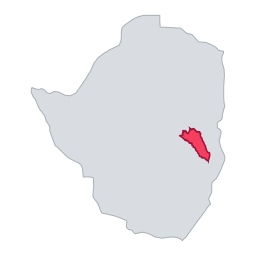 location of Buhera, Manicaland, Zimbabwe
{"feature_id": "62879985B49874859197959", "entity_name": "Buhera", "entity_type": "district", "adm_level": 2, "iso_a3": "ZWE", "parent_name": "Zimbabwe", "parent_adm1": "Manicaland", "projection": "equal_earth", "projection_center": [31.813, -19.506], "detail": "fine", "context": "in_parent", "style": "filled", "palette": "rose", "viewbox_px": 256, "rotation_deg": 0, "n_neighbors": 0, "source": "geoboundaries", "source_scale": "gbopen_adm2", "svg_char_len": 6326}
<svg xmlns="http://www.w3.org/2000/svg" viewBox="0 0 256 256"><path d="M182.3,240.6L180.1,238.8L177.1,237.5L173.2,237.0L168.2,237.2L162.0,238.2L155.4,237.0L148.3,233.5L142.4,232.2L135.4,233.7L135.1,233.8L133.8,232.6L131.9,230.0L128.7,229.6L127.8,228.9L127.1,228.0L126.6,226.8L126.4,225.4L126.9,221.2L126.6,220.7L125.8,220.2L124.0,219.7L119.8,217.7L114.4,215.9L105.8,213.8L102.4,213.3L101.7,212.7L100.7,211.1L99.0,206.2L97.4,203.0L93.6,198.0L93.0,196.5L93.2,192.5L93.4,189.3L93.8,186.6L93.6,184.0L93.5,180.9L93.6,178.8L93.1,177.9L91.7,177.2L87.9,176.9L83.2,177.0L83.0,173.8L82.5,168.9L81.6,166.0L80.6,164.5L78.4,162.9L74.0,160.8L68.1,157.6L63.0,152.8L57.1,146.8L55.3,145.8L53.1,140.2L49.7,130.6L49.9,127.4L49.4,125.8L46.2,121.1L45.5,118.6L44.9,116.2L39.7,109.2L38.0,106.2L36.6,102.3L35.3,99.2L34.2,98.0L32.7,95.8L31.7,93.4L31.2,91.6L31.5,89.2L32.0,87.6L36.8,89.3L39.5,89.4L41.5,88.6L44.1,89.7L47.1,92.9L50.4,93.5L54.0,91.5L58.8,92.1L64.9,95.2L70.0,95.8L75.9,93.1L81.2,85.4L86.2,78.1L91.1,69.8L94.0,63.0L98.4,57.5L104.1,53.2L110.0,49.6L119.0,45.3L120.8,41.6L121.3,37.7L121.3,32.2L121.8,28.6L122.7,27.0L124.2,25.7L126.1,24.0L132.0,19.9L137.0,17.2L143.1,15.4L149.7,15.4L156.1,15.4L159.8,15.4L159.8,20.7L160.1,26.6L160.8,27.2L165.7,27.3L173.4,27.8L180.8,28.2L185.6,32.5L187.2,33.4L192.1,34.6L198.4,41.8L206.0,42.5L211.2,44.7L215.8,47.2L218.5,50.1L220.2,50.8L222.5,51.0L223.6,51.3L223.3,53.4L221.8,57.1L222.0,62.2L224.1,69.4L224.4,75.6L223.7,86.6L223.7,97.2L223.9,101.0L224.2,103.5L224.7,104.9L224.6,106.5L223.3,110.9L222.3,115.6L222.3,117.5L221.9,118.8L221.1,120.0L217.8,122.1L217.3,123.5L217.3,125.9L217.7,127.9L218.9,128.7L220.4,129.8L221.0,131.3L221.0,132.9L220.5,135.9L219.2,140.8L220.5,146.5L221.9,150.1L224.0,154.3L224.8,157.0L224.8,158.8L224.5,160.6L221.4,168.4L219.2,173.2L216.5,178.3L212.9,181.5L212.0,183.1L211.7,184.8L211.8,188.7L211.6,192.7L208.6,198.8L210.5,204.2L210.0,204.6L209.0,205.4L204.7,211.4L200.3,217.4L197.0,221.8L193.4,226.8L189.3,232.4L185.8,237.2L182.3,240.6Z" fill="#d9dde1" stroke="#a8b0b8" stroke-width="1"/><path d="M208.3,161.1L208.4,160.6L208.4,160.1L208.3,159.7L208.3,159.4L208.6,159.0L208.9,158.9L209.0,158.7L208.9,158.5L209.0,158.0L209.1,157.9L209.2,157.6L209.4,157.0L209.5,156.7L209.6,156.3L209.6,155.9L209.6,155.5L209.7,155.1L209.6,154.8L209.6,154.7L209.7,154.4L209.7,154.2L209.6,153.8L209.5,153.3L209.5,153.0L209.4,152.8L209.3,152.7L208.9,152.6L208.6,152.5L207.9,152.4L207.8,152.2L207.7,152.1L207.3,151.9L207.2,151.7L207.0,151.4L206.7,150.7L206.5,150.3L206.4,150.1L206.4,149.9L206.4,149.6L206.2,149.2L206.1,148.8L206.1,148.7L205.9,148.4L205.7,148.2L205.7,147.6L205.6,147.3L205.5,147.0L205.5,146.2L205.4,145.8L205.0,145.5L204.9,145.3L204.8,145.1L204.7,144.9L204.6,144.7L204.4,144.3L204.2,143.9L204.0,143.4L204.0,143.2L203.9,142.9L203.8,142.7L203.5,142.3L203.5,142.2L203.4,141.9L203.1,141.7L203.0,141.4L202.6,141.2L202.5,140.9L202.5,140.7L202.4,140.7L202.4,140.2L202.2,139.8L202.1,139.4L202.1,139.1L202.0,138.9L201.9,138.2L201.7,138.2L201.4,137.9L201.3,137.7L201.1,137.6L201.0,137.1L200.8,136.8L200.7,136.7L200.6,136.4L200.6,136.1L200.5,135.9L200.4,135.7L200.4,135.3L200.3,135.1L200.3,134.8L200.4,134.6L200.4,134.3L200.6,134.1L200.7,133.8L200.7,133.7L200.6,133.4L200.4,133.3L200.2,133.2L199.9,133.1L199.8,132.5L199.6,132.2L199.5,131.8L199.4,131.8L199.2,132.0L199.1,131.7L198.8,131.7L198.7,131.8L198.6,131.7L198.4,131.7L198.1,131.9L198.1,132.0L197.9,132.0L197.7,131.9L197.4,131.7L197.2,131.8L197.1,131.7L196.9,131.8L196.9,131.6L196.4,131.2L196.3,131.3L196.0,131.3L195.9,131.2L195.8,130.8L195.7,130.7L195.4,130.7L195.2,130.5L195.3,130.2L195.1,130.1L195.0,129.9L194.9,129.9L194.8,129.6L194.7,129.5L194.3,129.0L194.2,128.9L193.8,128.9L193.6,128.8L193.4,128.8L193.3,128.6L193.1,128.6L192.9,128.7L192.9,128.9L192.7,129.0L192.8,129.1L192.7,129.1L192.4,129.1L192.2,129.3L191.8,129.2L191.7,129.3L191.6,129.2L191.5,129.3L191.5,129.2L191.3,129.2L191.2,129.1L190.9,129.2L190.7,129.2L190.6,128.9L190.5,128.6L190.4,128.5L190.1,128.5L190.0,128.4L189.9,128.4L189.7,128.2L189.9,129.5L189.8,130.3L189.5,130.8L189.3,131.2L188.2,133.4L188.0,133.5L187.9,133.4L187.8,133.2L187.7,133.2L187.6,132.9L187.4,132.9L187.2,132.8L187.1,133.0L186.8,132.8L186.7,132.6L186.7,132.3L186.6,132.2L186.3,131.6L186.1,131.2L185.9,131.0L185.8,131.3L185.6,131.5L185.4,131.5L185.2,131.7L184.9,131.5L184.9,131.4L184.7,131.4L184.5,131.1L184.4,131.1L184.4,130.8L184.2,130.8L183.9,130.8L183.7,130.6L183.4,130.7L183.2,130.8L182.9,130.8L183.0,132.1L183.3,132.9L182.5,133.1L182.6,134.3L182.6,134.7L182.6,135.2L179.8,135.6L179.9,135.9L180.1,135.8L180.3,136.0L180.5,136.0L180.8,136.3L181.1,136.5L181.3,136.8L181.5,137.0L182.0,137.1L182.3,137.5L182.8,137.8L182.9,138.1L183.0,138.2L183.3,138.4L183.5,138.5L183.9,138.8L184.0,139.0L184.4,139.5L184.6,139.6L184.9,140.0L185.0,140.2L185.2,140.3L185.3,140.3L185.6,140.2L185.7,140.3L185.8,140.4L185.9,140.2L186.0,139.9L186.3,140.2L186.5,140.6L186.9,140.3L187.0,140.3L187.2,140.5L187.3,140.7L187.6,140.7L187.8,140.8L188.0,140.9L188.1,141.0L188.1,141.4L188.2,141.6L188.3,141.7L188.5,141.7L188.7,141.8L188.8,141.9L188.8,142.1L189.0,142.4L189.1,142.7L189.1,142.8L189.2,143.0L189.3,143.1L189.6,143.0L189.8,143.0L189.8,142.9L190.0,142.9L190.3,142.8L190.4,143.1L190.5,143.2L190.5,143.3L190.8,143.2L191.0,143.1L191.1,143.3L191.4,143.4L191.7,143.2L191.8,143.2L191.9,143.3L191.9,143.5L191.9,143.8L191.9,144.1L191.9,144.3L192.0,144.7L192.0,145.1L192.0,145.3L192.5,145.3L192.7,145.5L192.8,145.9L193.1,145.9L193.3,146.5L193.3,146.9L193.3,147.2L193.4,147.3L193.8,147.4L194.0,147.3L194.3,147.5L194.6,147.6L194.7,147.8L194.8,148.0L195.0,148.1L195.3,148.4L195.5,148.5L195.6,148.9L195.5,149.5L195.8,149.8L195.8,150.0L196.0,150.1L196.0,150.4L196.0,150.5L196.3,150.6L196.8,151.2L197.1,151.4L197.3,151.5L197.4,151.8L197.5,151.9L197.9,153.0L198.1,153.4L198.8,154.2L199.0,154.4L199.1,154.5L199.2,155.2L199.2,155.5L199.3,155.8L199.4,156.0L199.5,156.1L199.9,156.4L200.0,156.4L200.3,156.6L200.5,156.7L200.9,156.7L201.2,156.6L201.4,156.6L201.5,156.8L201.8,156.8L201.9,157.4L202.0,157.5L202.2,157.8L202.2,158.0L202.6,158.0L202.6,157.9L203.4,157.9L204.0,157.9L204.6,157.9L204.8,158.0L205.0,158.7L205.1,158.8L205.4,159.1L205.7,159.2L205.8,159.4L206.2,159.8L206.5,159.9L206.6,160.0L206.9,160.4L207.2,160.5L207.5,160.5L207.8,160.5L208.0,160.7L208.2,160.8L208.3,161.1L208.3,161.1Z" fill="#f43f5e" stroke="#9f1239" stroke-width="1.5"/></svg>